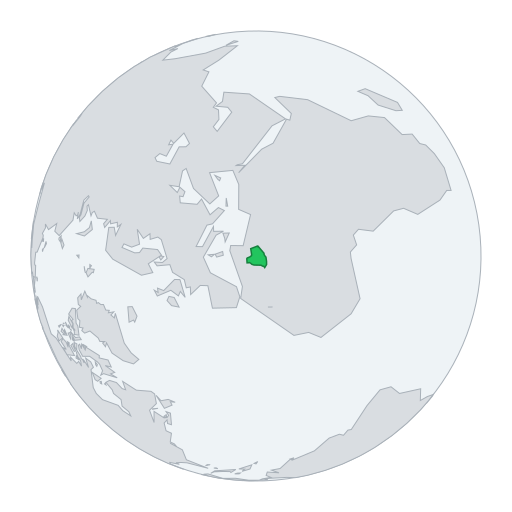 Ouargla highlighted on a globe, orthographic projection, rotated 262°
{"feature_id": "DZA-2194", "entity_name": "Ouargla", "entity_type": "Province", "adm_level": 1, "iso_a3": "DZA", "parent_name": "Algeria", "parent_adm1": "", "projection": "orthographic", "projection_center": [6.675, 30.952], "detail": "fine", "context": "on_globe", "style": "filled", "palette": "green", "viewbox_px": 512, "rotation_deg": 262, "n_neighbors": 0, "source": "natural_earth", "source_scale": "10m", "svg_char_len": 10453}
<svg xmlns="http://www.w3.org/2000/svg" viewBox="0 0 512 512"><g transform="rotate(262 256 256)"><circle cx="256" cy="256" r="225" fill="#eef3f6" stroke="#a8b0b8"/><path d="M142.3,61.5L143.3,61.0L137.3,64.6L142.0,61.8L149.8,57.4L153.8,55.3L180.7,44.6L207.6,36.6L213.5,34.9L214.2,35.2L220.3,33.6L223.5,33.1L223.4,33.1L232.9,31.9L234.9,31.8L240.6,31.3L242.1,31.5L234.4,32.7L235.2,33.0L241.9,32.3L247.6,32.4L237.6,33.4L246.5,34.0L235.3,37.5L207.4,42.4L202.6,46.6L177.8,58.4L181.6,58.3L174.6,63.6L176.3,65.7L171.2,67.9L177.0,67.7L181.3,65.4L185.3,64.7L186.7,65.9L180.4,68.6L178.8,68.5L177.7,69.9L174.0,70.9L176.6,71.1L168.9,74.7L178.6,73.1L174.1,77.6L168.4,79.5L166.5,76.8L148.4,76.5L142.1,78.7L135.1,84.0L127.3,98.7L121.3,102.6L115.1,109.7L119.5,108.4L126.0,102.5L132.6,102.4L139.7,95.8L143.5,95.0L151.8,89.8L153.2,93.6L150.1,100.2L143.3,105.0L141.7,108.3L150.4,106.5L139.8,118.8L136.6,133.2L133.5,136.4L123.7,136.8L118.1,129.1L105.3,131.9L116.3,133.4L108.5,142.4L108.4,145.5L110.4,147.3L114.4,145.3L112.3,149.4L100.7,148.8L102.4,145.1L106.1,145.1L103.4,141.8L95.5,142.6L92.2,147.6L83.8,145.2L81.3,149.0L78.1,151.0L82.6,144.9L74.3,156.1L63.9,158.7L52.4,179.1L60.8,158.9L62.0,152.9L62.4,148.0L60.4,151.1L63.6,141.9L61.9,142.2L54.8,154.7L62.6,140.5L71.4,126.9L81.2,113.9L91.8,101.7L103.3,90.4L115.6,79.8L128.6,70.2L142.3,61.5ZM47.3,171.2L45.0,178.1L47.2,173.7L46.9,178.1L40.4,192.2L38.7,204.9L34.9,217.8L33.5,228.0L34.4,231.2L34.7,239.9L37.3,235.5L40.5,237.1L38.1,248.6L41.8,241.5L42.2,250.3L50.0,261.7L48.8,263.4L54.9,286.7L65.5,303.1L67.9,313.8L66.3,317.7L70.8,322.8L70.9,326.2L92.4,345.1L106.2,360.2L107.7,371.5L99.9,379.0L101.6,400.6L90.0,398.6L93.0,406.2L94.2,412.2L86.4,404.3L93.4,412.0L80.8,397.6L69.4,382.2L59.3,365.8L50.7,348.7L49.5,346.1L45.6,336.4L43.2,330.0L37.9,312.6L34.1,294.9L31.7,276.9L31.4,272.1L31.0,264.4L32.5,255.5L34.0,238.3L33.9,233.5L32.7,236.6L34.3,218.0L37.3,203.4L41.3,187.8L47.3,171.2ZM49.0,185.2L47.4,206.3L45.1,201.0L46.1,200.4L47.2,193.5L48.1,184.5L47.1,180.9L49.0,185.2ZM55.5,179.5L55.5,176.8L55.9,178.6L55.5,179.5ZM155.3,54.5L149.8,57.4L142.0,61.7L146.4,59.2L155.3,54.5ZM170.4,47.7L168.4,48.7L163.3,50.7L166.1,49.5L170.4,47.7ZM215.4,34.4L212.4,35.0L213.7,34.7L215.4,34.4ZM241.1,31.3L241.9,31.2L244.6,31.1L241.1,31.3ZM150.4,88.2L151.1,89.0L149.2,89.5L150.4,88.2ZM153.4,85.3L150.8,85.4L151.8,84.1L153.4,84.1L153.4,85.3ZM249.2,31.4L253.2,31.5L247.8,31.5L249.2,31.4ZM156.4,85.6L154.0,81.8L155.9,79.5L163.5,77.7L156.4,85.6ZM254.7,31.7L264.5,32.6L267.1,32.3L265.4,34.4L257.6,32.5L250.5,32.4L254.7,32.1L254.7,31.7ZM182.1,64.2L177.5,66.7L180.0,63.6L182.1,64.2ZM182.7,62.4L184.6,55.0L192.0,52.3L189.9,55.1L198.4,51.1L201.1,53.4L197.0,56.1L191.7,57.3L196.7,57.3L182.7,62.4ZM262.9,35.7L264.1,36.3L261.4,35.9L262.9,35.7ZM187.0,64.2L186.8,62.7L193.2,60.2L194.9,62.6L192.3,62.6L187.0,64.2ZM199.3,49.2L204.4,48.0L207.9,49.4L210.4,49.2L201.8,53.2L199.3,49.2ZM191.5,63.8L195.6,64.0L193.9,66.4L187.7,65.4L191.5,63.8ZM194.1,58.6L197.2,57.6L196.1,58.9L194.1,58.6ZM190.0,75.6L189.5,73.6L192.8,72.0L190.0,75.6ZM197.2,64.0L197.8,63.2L199.0,62.4L201.3,63.1L197.2,64.0ZM204.9,54.1L205.3,55.1L208.6,52.5L211.4,53.8L205.1,56.4L209.0,55.8L209.8,56.2L203.8,57.9L204.9,54.1ZM207.3,61.7L200.3,65.9L200.5,69.9L197.5,71.3L197.8,64.7L207.3,61.7ZM205.8,59.2L206.1,61.0L202.3,61.7L199.7,60.9L205.8,59.2ZM215.5,53.8L212.9,51.2L214.3,50.7L215.5,53.8ZM208.1,62.6L209.8,61.6L208.5,62.8L208.1,62.6ZM214.1,56.3L212.9,55.3L214.6,54.8L214.1,56.3ZM214.1,60.5L211.8,61.8L210.0,61.2L214.1,60.5ZM214.7,58.5L217.3,58.0L210.7,60.3L213.9,58.1L214.7,58.5ZM215.9,56.0L216.5,55.4L216.1,56.5L215.9,56.0ZM222.2,62.3L214.4,65.2L210.4,63.8L218.5,61.1L222.2,62.3ZM321.3,40.4L319.1,39.8L295.2,35.1L305.5,36.8L305.0,37.1L309.8,38.3L316.9,39.9L316.6,39.5L337.2,47.8L357.9,56.7L352.0,52.9L354.1,53.4L366.0,59.4L382.4,69.5L398.0,81.1L412.5,93.9L408.4,90.1L415.7,97.5L410.3,92.4L418.6,101.2L421.5,103.7L417.2,98.6L426.7,109.1L427.8,110.3L440.5,126.8L451.6,144.3L461.1,162.8L460.8,162.4L465.3,173.3L467.6,178.6L475.5,205.5L474.7,204.5L478.1,219.9L478.7,222.3L479.6,228.7L479.5,227.4L479.1,226.5L476.7,213.5L471.5,198.8L472.3,207.5L469.8,200.1L462.9,191.0L462.6,203.4L463.9,234.4L468.1,254.2L466.8,266.8L455.1,246.5L447.6,229.6L444.9,235.0L431.7,225.9L413.1,238.2L409.2,234.4L405.9,239.2L396.4,238.3L389.9,231.7L384.8,234.9L401.8,252.0L407.2,248.7L409.9,237.3L413.7,244.3L422.7,247.0L417.4,272.0L387.7,304.3L382.7,290.0L349.2,255.4L349.0,250.2L348.8,249.7L348.3,248.8L347.4,257.6L340.9,250.4L361.0,276.5L365.3,288.6L387.3,305.3L385.8,308.4L392.2,310.8L410.3,296.7L410.8,301.7L403.6,328.9L376.7,369.1L379.1,386.7L375.2,402.5L355.9,417.6L355.0,427.6L344.6,433.8L342.3,439.5L332.5,446.9L317.2,454.7L293.8,458.3L294.4,454.0L285.8,446.0L274.7,422.0L282.7,408.8L281.5,398.6L264.3,375.5L268.2,361.2L263.2,355.3L253.0,357.2L246.8,350.0L240.4,349.8L199.2,353.1L185.5,342.1L166.3,309.0L173.0,297.5L172.1,282.5L216.1,234.9L227.7,238.3L264.9,230.8L269.9,232.4L268.0,244.7L297.8,256.4L304.6,245.3L329.2,248.9L344.0,245.0L345.0,221.6L320.7,227.4L314.0,217.5L331.6,203.5L352.4,199.0L350.5,195.1L335.3,189.5L338.0,180.5L329.8,186.9L334.7,190.2L329.6,194.6L324.9,192.0L326.0,188.7L319.2,188.4L315.4,204.9L320.0,210.0L303.2,216.2L309.2,225.5L305.4,231.0L293.9,217.4L293.4,211.7L273.7,198.0L272.7,204.3L291.2,218.0L286.3,217.5L285.1,227.2L282.2,219.4L262.2,203.7L245.7,208.5L228.3,232.4L217.9,234.3L207.6,229.4L210.4,205.6L233.3,204.2L234.6,196.7L226.9,185.9L234.5,186.7L234.2,182.5L242.6,181.7L251.4,171.1L259.4,169.5L260.0,156.7L264.2,154.4L262.6,162.4L265.8,167.6L285.4,164.5L288.4,161.4L287.2,153.5L292.8,154.1L289.1,146.9L299.0,142.1L283.9,142.3L282.1,134.1L286.4,126.9L283.1,124.5L276.0,136.3L275.6,141.1L279.6,145.0L276.1,159.4L270.0,162.5L263.3,148.3L253.9,151.5L252.9,139.9L272.8,113.7L282.6,107.9L304.8,114.2L304.2,119.6L295.9,119.8L306.1,126.6L304.1,122.7L308.7,123.4L308.1,116.5L311.3,116.8L305.3,110.1L309.2,109.6L313.0,113.9L315.5,104.3L322.8,102.2L321.8,99.9L318.7,98.2L330.1,97.2L328.9,95.6L324.6,95.3L319.4,92.1L314.7,86.4L318.9,86.4L321.2,88.4L332.3,93.0L337.7,99.0L339.0,98.5L335.3,93.3L321.7,87.6L317.6,84.2L324.2,86.2L321.5,85.2L320.8,83.5L324.1,82.0L316.9,79.7L303.6,63.9L308.5,60.2L315.9,63.2L311.0,54.2L317.0,51.9L313.1,51.4L308.1,47.6L306.2,48.2L304.0,47.7L290.3,39.8L290.4,38.4L280.1,35.8L278.0,35.7L277.4,36.5L265.4,34.4L267.1,32.3L271.6,32.4L269.6,31.5L280.1,32.4L287.8,33.1L300.4,35.4L305.5,36.3L304.1,35.9L305.9,36.3L321.3,40.4ZM203.8,260.7L203.2,265.3L203.8,260.7ZM376.7,205.8L387.8,201.8L379.0,190.2L382.6,187.9L378.3,185.0L378.3,189.4L367.3,181.1L370.8,175.0L367.5,169.7L363.6,170.9L359.1,183.5L374.8,195.1L373.9,201.8L376.7,205.8ZM50.3,261.9L50.9,265.5L49.5,263.7L50.3,261.9ZM43.2,204.6L43.6,207.3L43.3,210.3L42.6,209.0L43.2,204.6ZM50.9,225.3L52.2,229.1L50.1,227.1L50.9,225.3ZM47.5,209.4L49.8,222.8L45.9,220.4L44.7,212.2L46.5,215.1L47.5,209.4ZM51.9,184.7L51.8,187.0L50.7,188.6L51.9,184.7ZM55.8,180.9L55.5,180.5L56.3,178.1L55.8,180.9ZM109.2,142.4L110.1,142.6L111.4,145.0L109.3,145.2L109.2,142.4ZM126.2,149.1L122.4,155.6L123.6,150.9L120.0,152.1L117.9,144.1L131.9,137.7L125.9,141.8L126.2,149.1ZM119.1,132.5L118.8,137.8L118.6,132.3L119.1,132.5ZM224.3,161.7L228.1,164.2L226.3,169.2L216.1,172.7L218.6,165.5L224.3,161.7ZM233.9,166.9L230.1,152.7L236.3,150.5L233.5,154.0L237.9,154.0L234.6,159.8L244.1,172.1L243.2,177.4L224.9,180.1L231.4,176.1L227.3,173.6L233.9,166.9ZM209.6,125.8L208.1,121.1L223.5,122.0L223.1,126.4L213.0,129.8L207.4,126.7L209.6,125.8ZM170.5,83.8L168.9,83.0L170.6,82.1L173.4,82.1L170.5,83.8ZM189.5,74.8L179.2,87.0L176.9,86.5L173.6,95.0L166.2,97.2L168.5,91.5L160.4,99.9L159.5,95.6L154.7,101.6L160.7,88.7L159.6,85.7L163.7,88.1L170.5,86.1L173.1,84.3L179.8,77.3L180.8,70.4L187.8,67.8L192.4,67.8L193.2,69.1L188.4,70.2L193.0,71.1L186.7,73.8L189.5,74.8ZM242.8,77.4L236.9,76.9L245.0,81.6L238.7,83.3L240.0,83.7L236.5,86.8L234.4,91.4L231.3,91.6L231.8,93.4L229.5,95.6L229.2,98.2L223.4,99.7L222.6,103.1L220.3,101.9L220.5,107.4L217.8,104.1L214.4,107.1L218.8,108.7L188.1,113.4L177.4,118.9L169.9,125.6L166.2,119.7L170.8,109.9L179.9,99.9L190.8,95.9L187.1,94.3L191.2,92.0L192.4,94.2L193.1,89.5L196.8,88.3L204.8,81.1L203.5,75.6L206.4,73.1L208.8,74.7L210.0,71.2L216.5,72.6L218.7,70.9L227.3,70.9L230.5,75.4L232.8,73.3L239.4,73.6L242.8,77.4ZM224.6,62.4L229.9,66.6L229.1,69.8L214.5,68.5L211.6,69.8L202.2,69.7L203.6,65.2L206.2,65.6L209.0,65.0L207.4,66.6L210.7,64.9L214.4,65.5L217.9,64.4L218.7,66.0L224.6,62.4ZM274.2,227.4L277.8,227.5L283.2,226.4L282.5,232.7L274.2,227.4ZM260.4,216.9L263.5,215.8L265.1,223.6L261.3,223.7L260.4,216.9ZM263.8,208.8L263.5,215.1L261.4,211.8L263.8,208.8ZM265.3,161.2L268.5,159.9L269.3,161.7L268.3,164.6L265.3,161.2ZM265.3,93.9L262.1,92.6L262.7,91.6L258.7,86.7L263.0,85.4L267.1,87.8L265.3,93.9ZM341.6,226.5L338.2,231.9L335.6,230.4L337.3,228.8L341.6,226.5ZM309.6,233.2L317.6,234.6L309.3,234.9L309.6,233.2ZM269.3,91.7L267.2,89.7L270.7,90.3L269.3,91.7ZM265.9,84.3L269.8,84.4L263.0,84.7L265.9,84.3ZM406.5,387.4L388.4,417.5L379.9,421.1L380.4,414.8L388.5,397.9L399.1,389.3L404.9,379.8L406.5,387.4ZM481.1,246.9L480.2,240.3L480.3,236.7L480.5,237.8L481.1,246.9ZM468.8,255.5L472.2,264.1L471.0,268.3L468.8,255.5ZM464.3,170.2L463.9,169.3L463.6,168.5L464.3,170.2ZM303.1,81.5L303.9,89.4L307.3,95.0L313.7,97.8L305.0,97.6L299.7,88.9L303.1,81.5ZM303.1,65.9L297.5,64.1L299.6,63.1L301.2,63.4L303.1,65.9ZM299.9,66.1L293.6,67.4L290.3,65.3L295.9,64.6L299.9,66.1ZM281.7,78.6L281.6,80.9L278.8,80.3L281.7,78.6ZM358.6,55.5L351.2,52.1L347.2,50.4L352.4,52.4L358.6,55.5ZM266.1,36.0L264.3,36.3L264.6,35.7L266.1,36.0ZM303.0,48.2L300.0,47.5L300.4,46.6L303.0,48.2ZM291.9,45.3L293.5,46.7L290.0,45.2L291.9,45.3ZM297.4,50.2L293.3,47.3L299.7,50.1L297.4,50.2Z" fill="#d9dde1" stroke="#a8b0b8" stroke-width="1"/><path d="M264.0,251.8L264.1,252.3L264.2,252.7L264.3,253.1L264.4,253.6L264.5,254.0L264.6,254.4L264.7,254.8L264.8,255.3L264.9,255.7L265.0,256.1L265.1,256.6L265.2,257.0L265.3,257.4L265.4,257.9L265.6,258.3L265.7,258.7L264.9,259.2L265.0,259.3L265.2,259.5L257.6,264.3L256.9,264.2L256.4,264.2L255.1,264.7L253.5,265.7L249.3,265.7L246.1,265.3L243.3,263.0L244.6,262.3L244.8,262.1L245.1,261.0L245.3,260.8L245.5,260.5L245.9,260.1L246.2,259.7L247.2,253.5L247.4,252.6L247.8,251.9L248.0,251.4L248.2,251.0L248.3,250.8L248.4,250.7L248.9,250.3L249.6,249.7L250.4,248.5L250.3,247.0L250.5,246.6L250.5,246.2L254.4,246.5L255.0,246.7L255.3,247.3L256.0,249.9L256.2,250.2L256.6,250.9L256.8,251.3L257.2,251.7L257.6,251.8L258.1,251.9L264.0,251.8L264.0,251.8Z" fill="#22c55e" stroke="#15803d" stroke-width="1.5"/></g></svg>